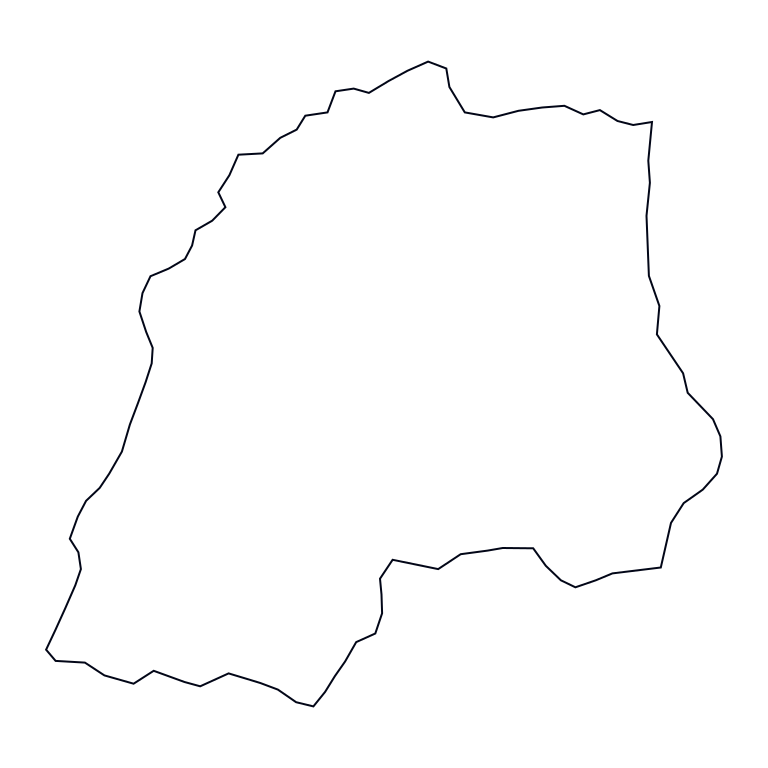 the district of Lourdes, São Paulo, Brazil
{"feature_id": "56859067B53579578319178", "entity_name": "Lourdes", "entity_type": "district", "adm_level": 2, "iso_a3": "BRA", "parent_name": "Brazil", "parent_adm1": "São Paulo", "projection": "albers", "projection_center": [-50.239, -20.948], "detail": "fine", "context": "isolated", "style": "outline", "palette": "ink", "viewbox_px": 768, "rotation_deg": 0, "n_neighbors": 0, "source": "geoboundaries", "source_scale": "gbopen_adm2", "svg_char_len": 1331}
<svg xmlns="http://www.w3.org/2000/svg" viewBox="0 0 768 768"><path d="M660.8,567.5L671.0,522.9L683.7,503.1L702.8,489.6L717.0,473.7L721.9,456.6L720.4,436.4L713.0,419.2L687.7,392.8L683.1,373.3L656.9,334.4L659.4,306.0L648.9,275.9L646.5,215.8L649.9,182.8L648.3,160.7L652.0,122.0L633.2,125.0L617.5,121.0L599.9,110.1L583.3,114.4L564.4,105.8L542.2,107.5L518.5,110.8L493.2,117.4L464.8,112.4L449.4,87.0L446.3,68.5L428.1,61.6L407.4,70.8L388.6,81.0L368.9,92.9L353.7,88.6L335.5,91.3L327.5,112.4L305.3,115.7L296.7,129.6L280.3,137.8L262.7,153.4L238.4,154.7L229.4,175.2L218.3,192.3L225.4,207.2L212.2,220.7L195.5,230.3L192.1,245.5L185.0,259.0L168.7,268.6L150.5,276.2L142.5,293.1L139.4,311.5L146.2,332.0L152.7,347.9L151.7,363.4L145.6,382.2L137.9,403.3L129.9,424.5L121.9,451.6L109.2,473.7L99.7,487.9L86.1,500.8L77.8,516.6L69.8,538.8L78.4,552.3L80.9,569.1L75.3,585.3L65.2,608.4L55.3,630.2L46.1,649.7L55.6,660.9L84.9,662.6L104.4,675.4L133.6,683.7L153.7,670.8L184.5,682.0L200.2,686.3L228.6,673.4L246.2,678.7L260.3,683.0L277.9,689.6L296.1,702.2L313.4,706.4L325.1,691.9L334.9,676.1L345.1,661.5L356.2,642.1L375.3,633.5L382.1,613.3L381.5,594.5L380.0,578.7L392.6,559.8L438.2,569.1L460.7,554.2L487.6,550.6L502.7,548.0L533.2,548.3L545.8,565.8L560.9,580.3L575.4,587.3L595.8,580.3L612.4,573.4L660.8,567.5Z" fill="none" stroke="#020617" stroke-width="2"/></svg>